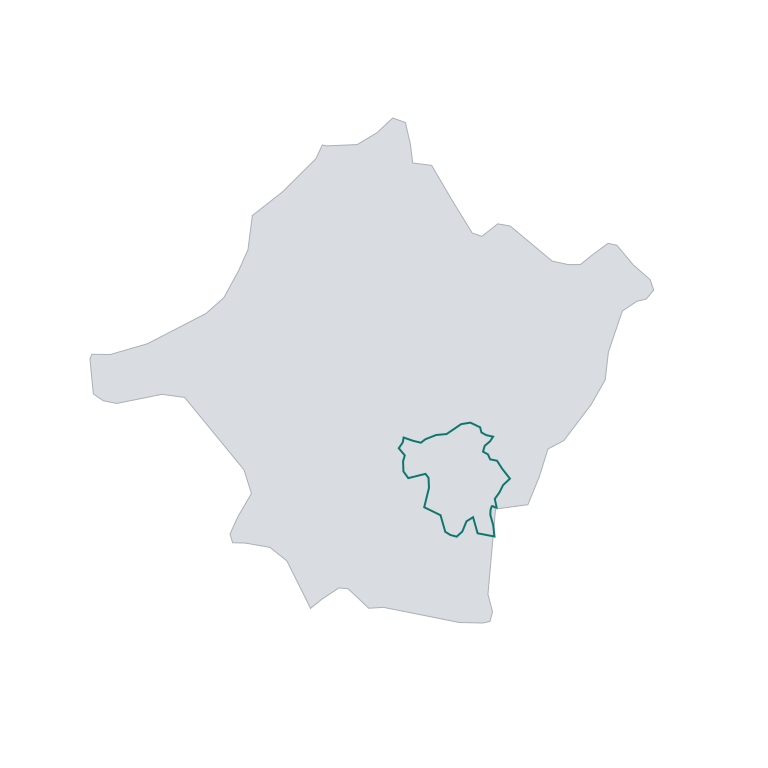 location of Priština within Kosovo, rotated 76°
{"feature_id": "KOS-5902", "entity_name": "Priština", "entity_type": "District", "adm_level": 1, "iso_a3": "XKX", "parent_name": "Kosovo", "parent_adm1": "", "projection": "albers", "projection_center": [21.268, 42.679], "detail": "coarse", "context": "in_parent", "style": "outline", "palette": "teal", "viewbox_px": 768, "rotation_deg": 76, "n_neighbors": 0, "source": "natural_earth", "source_scale": "10m", "svg_char_len": 1690}
<svg xmlns="http://www.w3.org/2000/svg" viewBox="0 0 768 768"><g transform="rotate(76 384 384)"><path d="M221.9,273.6L258.9,261.9L264.4,253.4L256.1,234.9L261.2,223.4L305.5,191.0L312.8,176.2L315.6,164.5L309.8,152.1L301.7,132.6L305.7,124.5L328.6,113.4L347.2,100.5L358.2,99.6L365.0,109.0L364.9,118.7L370.9,135.1L384.5,143.9L407.2,158.5L433.5,168.4L454.2,188.1L482.4,223.2L486.7,240.6L512.2,256.2L535.9,273.6L532.3,306.0L613.1,334.0L631.3,333.8L640.0,338.6L639.8,346.0L633.6,368.7L600.6,438.5L597.9,453.0L574.1,468.3L570.9,477.0L577.7,496.2L584.0,509.7L583.5,509.6L532.2,521.0L514.9,534.2L504.7,557.3L501.4,569.3L492.3,569.7L477.3,557.8L458.2,539.1L433.4,540.6L348.8,580.7L340.3,602.0L338.2,648.1L332.3,660.5L323.2,668.4L288.2,663.2L284.5,660.1L289.2,642.5L287.7,603.8L272.5,539.6L261.5,518.5L238.6,497.4L220.8,483.5L188.7,471.0L172.8,435.6L148.8,395.4L137.1,386.0L139.1,382.1L145.2,352.1L138.5,330.0L128.0,311.2L135.5,300.0L158.0,300.4L176.5,302.7L183.4,284.9L221.9,273.6Z" fill="#d9dde1" stroke="#a8b0b8" stroke-width="1"/><path d="M531.2,304.6L530.3,306.6L528.9,307.8L528.7,309.0L531.7,311.0L536.7,312.5L547.5,312.2L558.7,313.7L551.5,329.3L534.8,329.8L537.2,337.2L546.1,343.7L549.7,350.4L546.5,356.2L542.2,360.3L525.0,360.9L513.3,374.8L495.7,365.5L485.8,363.5L481.2,365.5L481.2,383.2L473.5,386.3L463.6,384.2L458.3,381.1L449.9,385.2L445.3,380.0L440.7,377.9L446.1,369.6L449.9,362.4L447.6,357.2L446.1,345.8L447.7,335.4L441.6,318.8L442.4,309.5L449.3,301.2L454.6,301.2L458.4,297.1L461.5,290.9L465.3,295.0L468.3,301.2L473.6,304.3L477.4,300.2L482.8,299.2L485.8,292.9L494.9,289.8L506.3,284.7L510.9,292.9L517.0,298.1L522.3,304.3L531.2,304.6Z" fill="none" stroke="#0f766e" stroke-width="2"/></g></svg>